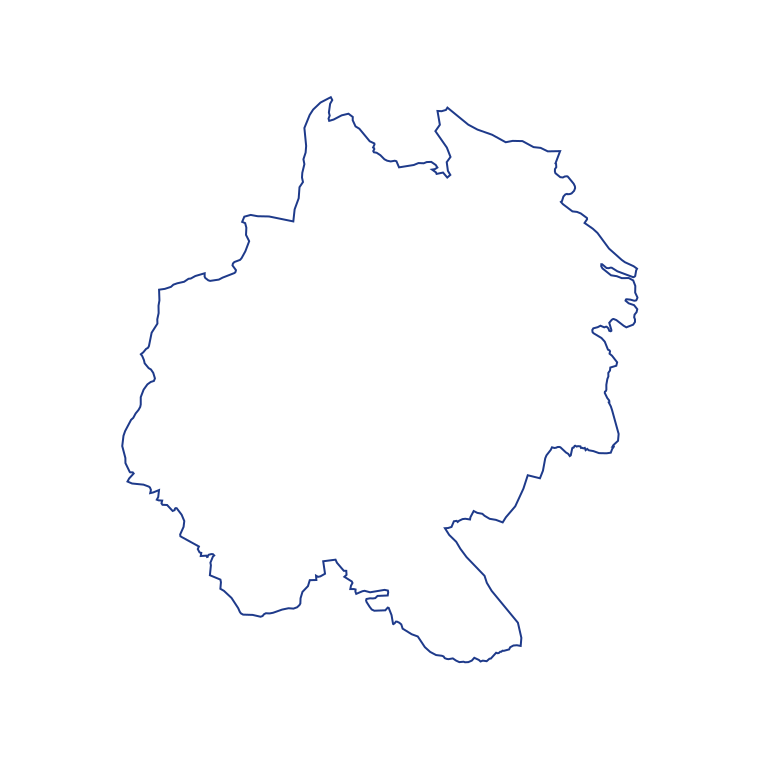 Bughea De Jos, Arges, Romania (Mercator projection), rotated 79°
{"feature_id": "2599482B13114483704402", "entity_name": "Bughea De Jos", "entity_type": "district", "adm_level": 2, "iso_a3": "ROU", "parent_name": "Romania", "parent_adm1": "Arges", "projection": "mercator", "projection_center": [24.999, 45.275], "detail": "fine", "context": "isolated", "style": "outline", "palette": "blue", "viewbox_px": 768, "rotation_deg": 79, "n_neighbors": 0, "source": "geoboundaries", "source_scale": "gbopen_adm2", "svg_char_len": 6161}
<svg xmlns="http://www.w3.org/2000/svg" viewBox="0 0 768 768"><g transform="rotate(79 384 384)"><path d="M430.8,654.4L433.6,650.3L436.9,639.3L439.8,634.5L440.9,633.5L443.5,633.0L446.5,634.3L446.4,631.2L445.2,625.1L451.9,627.2L454.2,629.1L455.2,627.5L456.1,624.0L458.7,625.2L460.3,624.5L461.4,620.0L468.3,615.7L467.9,613.7L466.4,612.9L466.1,612.1L466.4,611.2L473.7,607.6L480.4,606.2L486.0,608.0L492.8,612.8L494.7,612.9L508.2,596.7L510.5,598.3L514.1,597.2L514.9,595.6L517.9,596.7L518.6,591.2L520.1,590.7L520.0,590.0L518.9,589.6L518.2,588.7L518.0,586.0L518.4,584.4L519.9,583.4L520.8,584.9L526.3,588.5L528.9,588.5L538.5,591.4L544.8,581.9L547.5,581.9L553.8,583.7L556.5,580.6L564.9,574.5L576.2,569.9L580.2,569.0L581.9,568.2L583.5,566.3L585.6,557.0L588.9,549.6L588.6,547.5L587.1,545.7L586.5,543.7L587.4,540.0L587.4,536.5L586.0,527.1L585.9,520.5L587.2,515.7L586.6,511.9L584.9,509.2L583.5,508.0L578.4,506.8L572.5,503.7L567.9,497.2L562.4,494.3L563.5,487.8L559.2,487.3L560.7,485.6L560.7,483.2L559.0,478.1L546.4,477.5L547.2,465.1L550.5,464.3L559.7,459.1L560.2,456.7L564.2,457.2L565.7,459.7L571.7,453.3L573.3,452.9L575.7,454.9L578.9,456.2L579.6,452.6L580.3,451.1L582.4,451.7L584.7,451.3L583.3,444.7L583.3,442.5L585.8,437.4L586.2,422.7L587.5,419.6L589.2,419.6L592.3,420.7L590.8,430.8L592.5,433.4L592.4,435.8L591.7,438.6L591.7,442.2L593.0,442.9L594.7,442.7L600.0,440.6L603.0,439.1L604.7,436.8L606.4,425.9L604.2,423.0L604.7,422.1L612.3,420.7L621.2,420.9L621.5,420.6L620.9,419.2L619.5,417.6L619.8,416.5L621.2,414.6L623.3,412.9L627.7,412.4L634.9,404.6L638.3,399.0L650.1,394.1L655.8,389.8L660.0,384.6L661.8,379.1L662.8,377.5L664.7,376.7L665.8,374.9L666.4,373.3L666.5,368.8L669.3,366.0L671.4,363.1L671.8,358.9L672.6,357.6L673.1,354.3L672.3,350.6L670.0,347.6L673.0,343.5L674.8,342.2L674.4,339.8L675.7,336.1L673.8,332.9L673.9,331.5L669.2,325.2L669.9,324.1L670.0,322.7L669.0,321.0L669.2,319.9L668.4,318.6L668.8,317.3L668.4,311.8L666.5,310.4L665.4,306.9L665.8,303.4L667.2,299.8L659.4,297.6L643.9,298.1L607.6,317.8L598.8,321.0L591.5,321.9L569.7,336.0L560.3,340.5L552.7,343.2L544.6,348.8L537.2,351.7L537.6,348.7L537.2,345.0L532.1,341.6L532.2,338.8L533.5,338.0L532.6,336.5L531.6,332.7L531.8,329.9L533.4,325.4L531.3,324.6L525.8,320.2L528.3,317.0L530.2,312.2L532.5,310.5L536.5,306.0L538.7,300.1L542.5,293.9L538.1,289.8L529.1,278.5L513.3,267.1L501.0,260.3L506.3,248.9L499.4,244.5L487.7,239.9L485.0,238.1L480.5,232.9L478.2,231.2L479.3,229.0L479.4,227.2L479.0,225.8L479.2,224.0L479.8,222.9L486.0,218.4L487.7,216.5L490.2,215.4L489.7,214.3L482.8,211.4L482.5,210.9L482.7,210.1L481.1,208.6L481.1,208.0L482.2,206.8L482.0,205.5L482.7,203.1L484.4,202.8L484.4,201.8L485.2,200.7L485.0,199.1L487.4,198.7L486.5,196.9L488.1,195.7L489.8,191.3L492.9,186.1L494.5,178.7L494.7,174.5L491.3,172.4L489.3,170.3L488.6,170.4L488.7,171.3L487.7,170.4L484.4,165.1L477.8,163.2L453.3,165.1L449.3,165.6L444.9,166.9L444.7,166.2L443.2,166.1L440.4,167.5L434.9,169.0L433.7,168.6L433.1,167.4L432.0,166.8L427.2,165.9L421.7,163.8L419.4,162.3L415.9,161.7L413.9,159.6L411.0,158.7L410.4,152.5L407.2,151.0L399.7,154.8L397.3,156.8L395.0,155.9L393.9,156.3L393.0,157.6L384.6,159.2L380.4,161.7L374.1,168.7L372.8,169.4L370.7,169.2L369.3,167.9L369.0,163.4L368.1,160.4L370.4,157.0L370.1,155.0L370.3,154.5L372.1,153.2L374.8,152.7L375.5,151.4L375.2,150.7L374.4,150.5L366.9,151.2L364.6,148.4L364.0,147.2L364.0,146.2L365.6,143.7L372.6,137.6L374.6,135.3L373.3,128.1L371.0,125.8L368.4,125.3L366.2,125.7L363.7,124.8L361.7,122.4L358.9,121.1L354.3,123.5L351.5,128.4L348.3,131.0L347.2,130.4L347.1,129.6L348.2,126.0L350.0,122.5L350.1,121.2L350.0,120.4L348.1,119.0L347.4,118.7L342.2,120.0L335.7,118.6L329.9,119.6L326.7,123.5L325.5,130.3L322.6,134.9L320.6,140.4L312.2,147.5L309.8,148.3L307.9,147.8L308.1,147.0L312.6,143.4L313.2,141.3L313.0,139.5L313.3,138.3L317.9,133.4L326.7,119.0L326.5,117.7L325.9,116.8L320.6,114.8L319.1,113.6L316.0,116.5L310.4,124.3L307.5,127.0L294.0,137.3L276.5,145.6L271.4,149.4L264.2,156.4L261.0,153.2L259.8,153.1L254.1,158.3L251.9,161.7L250.5,166.1L241.7,174.0L239.0,175.6L238.4,174.4L234.2,172.1L232.5,169.8L232.3,168.1L232.8,167.4L233.0,165.3L232.7,163.5L230.6,160.5L228.1,159.0L226.3,158.9L223.6,159.6L215.5,164.0L215.0,164.7L214.8,167.0L215.4,169.0L214.6,171.5L209.8,175.5L208.1,175.7L205.7,175.2L204.0,173.5L200.7,173.1L200.2,173.6L189.0,166.7L186.9,178.8L182.1,185.2L180.0,192.0L172.0,201.7L169.9,211.3L169.9,218.4L159.9,230.4L152.1,243.7L145.5,251.8L124.8,269.0L126.8,270.9L127.2,275.4L126.2,279.4L140.2,279.7L145.6,285.3L163.9,277.2L173.8,275.4L178.2,280.1L187.0,280.6L191.4,279.0L193.4,282.5L187.7,285.7L187.8,292.3L186.2,292.6L182.7,295.9L182.8,293.1L181.7,290.3L178.9,291.4L175.0,295.2L174.3,299.7L174.9,302.9L173.7,308.0L174.7,313.0L174.2,327.9L167.7,329.3L166.9,330.8L166.8,335.0L165.4,338.3L163.5,340.7L158.7,343.9L155.6,347.1L154.6,349.7L153.3,350.1L151.6,348.7L150.7,348.7L149.8,349.6L147.0,347.6L146.0,347.6L143.0,351.7L128.7,359.5L125.7,362.8L119.1,364.4L115.9,363.7L111.9,367.3L112.2,374.3L114.8,383.0L115.2,387.6L112.9,387.8L110.2,386.1L107.0,386.3L98.6,383.4L95.4,380.6L92.3,381.5L95.6,392.6L101.1,401.2L105.7,405.6L117.5,413.3L135.5,415.0L141.9,416.8L148.0,420.2L153.0,420.2L161.1,423.9L165.6,425.1L170.3,425.0L174.7,429.4L185.4,432.3L195.5,438.4L207.1,442.0L197.6,464.9L195.2,476.0L192.6,482.6L193.1,489.2L197.8,492.3L199.6,489.6L204.3,489.3L211.3,491.0L218.1,489.1L227.3,494.8L233.3,499.8L234.7,501.6L235.7,507.6L236.9,509.3L238.7,510.1L244.0,507.6L245.7,508.4L246.5,509.5L248.8,522.2L250.0,526.2L249.6,535.0L248.7,536.7L245.8,539.2L244.3,539.6L241.1,538.9L242.0,548.6L243.6,553.6L243.4,555.8L245.5,560.7L245.7,567.8L246.3,571.8L248.0,574.6L248.8,581.0L248.5,586.8L259.1,588.5L264.1,590.4L271.4,591.7L277.2,594.2L281.5,594.9L289.3,602.3L301.9,607.5L303.4,608.7L304.2,610.9L307.0,614.3L308.4,617.0L310.4,616.0L314.7,615.1L318.0,615.0L323.5,612.0L325.3,610.0L329.0,608.4L334.8,607.8L337.1,609.3L337.5,612.6L339.2,616.3L343.6,621.0L350.5,625.3L357.7,626.7L360.0,627.7L362.7,630.0L365.5,633.4L369.4,636.6L370.9,639.1L380.8,647.1L385.1,649.6L395.0,652.8L407.3,652.0L412.3,652.9L421.7,650.4L422.3,650.0L422.8,647.5L424.1,646.8L428.1,652.2L430.8,654.4Z" fill="none" stroke="#1e3a8a" stroke-width="2"/></g></svg>